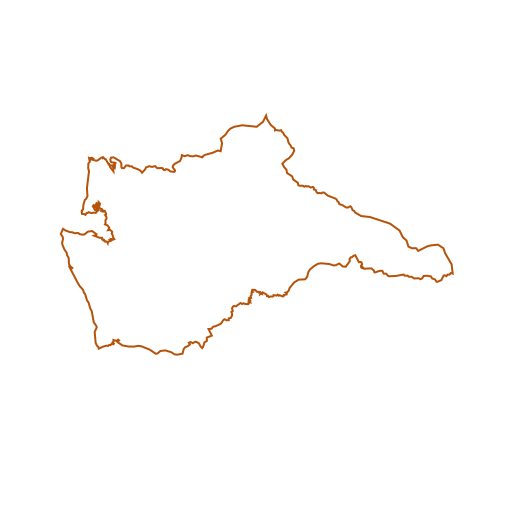 Soalala, Boeny, Madagascar, rotated 288°
{"feature_id": "10022922B91378939255033", "entity_name": "Soalala", "entity_type": "district", "adm_level": 2, "iso_a3": "MDG", "parent_name": "Madagascar", "parent_adm1": "Boeny", "projection": "mercator", "projection_center": [45.414, -16.649], "detail": "fine", "context": "isolated", "style": "outline", "palette": "amber", "viewbox_px": 512, "rotation_deg": 288, "n_neighbors": 0, "source": "geoboundaries", "source_scale": "gbopen_adm2", "svg_char_len": 6032}
<svg xmlns="http://www.w3.org/2000/svg" viewBox="0 0 512 512"><g transform="rotate(288 256 256)"><path d="M304.2,97.3L305.8,90.1L304.8,87.8L302.7,87.6L300.7,88.9L300.5,90.0L301.2,93.5L300.5,93.7L300.1,92.8L299.3,92.7L298.4,94.0L296.8,94.3L297.7,93.1L297.0,93.0L297.9,91.8L297.6,90.9L295.4,93.8L294.1,93.5L292.5,94.2L295.4,89.9L297.9,88.1L297.5,87.7L301.6,83.1L301.4,82.5L302.3,80.9L301.7,80.3L302.6,79.7L301.6,78.4L298.0,75.9L297.2,74.4L297.1,70.7L298.3,71.1L298.6,69.3L298.2,68.6L297.7,68.7L298.0,69.2L296.6,68.9L297.6,68.2L297.7,66.9L294.2,68.8L292.2,68.0L287.6,69.3L285.0,71.0L268.4,74.2L260.9,77.2L258.2,76.9L256.4,75.9L251.6,76.0L246.8,77.1L245.4,76.3L244.7,76.8L244.0,76.5L242.3,77.5L242.8,79.4L242.4,81.1L244.7,81.7L245.0,82.7L245.9,83.2L246.0,86.4L247.1,88.2L247.5,90.3L250.8,91.6L250.1,92.6L252.6,91.1L251.9,89.8L250.1,89.8L249.9,89.3L250.2,88.4L253.0,85.4L253.8,85.7L252.7,87.0L252.8,89.2L253.3,89.0L253.1,87.3L253.5,86.7L253.4,87.5L254.0,87.1L256.0,87.7L254.4,87.5L253.9,89.5L255.6,89.3L257.7,87.5L256.6,89.0L255.2,89.7L255.6,89.9L254.4,90.4L255.8,90.5L255.9,91.1L258.4,90.0L257.5,91.5L254.2,91.6L253.0,92.7L253.0,94.4L251.6,94.7L252.3,95.3L251.2,95.9L252.1,96.6L252.1,97.4L251.4,97.5L252.1,98.3L249.7,100.5L248.8,100.5L248.3,99.9L246.9,101.7L245.2,102.3L243.4,101.8L240.6,102.8L239.4,102.6L239.2,105.5L237.4,107.8L234.9,107.3L235.8,109.0L234.9,111.2L234.4,111.8L232.6,111.9L232.0,112.9L229.1,114.7L228.3,116.0L227.9,115.5L227.8,116.1L227.4,113.5L226.9,114.3L225.7,113.2L226.5,112.6L226.1,111.8L225.2,112.8L223.6,110.8L222.4,111.0L223.5,109.9L223.5,108.3L223.1,108.0L224.1,106.7L222.8,106.2L224.2,106.2L224.2,104.6L225.3,104.5L225.8,103.9L225.0,101.9L225.3,95.8L226.8,97.7L227.4,97.6L229.1,92.4L227.2,88.6L223.5,86.2L222.7,84.4L222.3,81.5L222.9,79.9L221.6,76.3L221.8,73.9L221.2,71.9L221.4,67.0L222.2,64.1L216.7,63.5L214.4,66.3L212.5,67.2L208.8,67.5L207.0,68.3L203.0,71.8L200.5,75.0L198.4,76.1L196.3,78.4L190.6,80.6L188.6,82.9L187.7,85.8L187.5,83.1L189.1,81.5L188.4,81.5L175.2,94.9L172.9,97.6L170.5,101.8L167.7,104.0L167.2,105.1L161.6,109.0L159.9,111.2L154.6,114.8L152.8,116.8L142.8,122.2L140.1,125.8L138.8,126.6L134.0,126.0L123.9,130.3L121.6,132.4L120.9,134.1L119.3,135.0L122.8,138.9L124.5,141.4L124.7,143.1L126.0,143.8L126.3,145.1L127.9,145.9L128.0,147.7L128.7,147.9L129.7,146.3L130.8,146.9L132.1,146.4L132.1,149.4L133.8,150.7L133.3,151.8L132.0,150.6L131.3,150.9L129.7,156.7L130.5,162.6L132.1,167.9L134.2,171.8L134.7,174.8L134.1,183.9L132.1,190.8L132.8,192.4L136.1,194.4L138.2,199.0L138.3,205.1L137.3,208.9L137.8,211.6L140.4,216.3L145.4,216.0L147.5,217.0L149.4,219.2L151.5,220.5L152.8,219.0L153.9,220.2L153.6,222.9L155.7,224.7L155.8,226.5L155.2,228.8L152.9,231.2L151.8,233.3L153.3,233.7L158.0,233.7L160.0,235.5L163.2,234.4L166.6,238.6L171.9,233.4L173.1,236.2L175.7,237.2L176.4,238.8L179.8,242.6L181.2,243.7L184.6,244.6L186.1,245.5L185.8,248.2L186.6,249.9L188.2,249.3L189.3,251.2L191.9,251.6L193.8,251.1L195.1,249.9L196.5,250.9L198.7,249.4L200.7,249.6L201.6,250.5L202.0,252.5L206.5,255.8L206.1,257.8L207.2,258.8L207.0,260.5L207.7,263.4L208.3,263.7L209.6,263.2L210.0,264.9L211.8,262.6L212.4,262.8L212.4,263.8L213.8,262.5L214.6,264.2L215.9,263.2L217.5,263.8L219.4,263.1L220.8,264.2L221.1,263.0L222.7,262.9L223.5,265.7L222.3,267.9L222.6,268.9L222.1,269.9L223.1,270.9L222.6,271.7L221.1,271.8L221.8,272.3L221.7,273.4L222.6,272.9L223.5,273.5L222.6,277.9L221.2,278.9L221.8,279.8L220.9,280.9L222.1,282.5L222.5,284.3L223.4,285.0L224.2,284.8L224.7,287.7L225.9,288.5L225.2,289.8L226.0,290.4L225.8,294.1L226.5,294.7L227.5,294.4L228.9,297.0L230.0,296.8L230.4,295.6L231.1,296.8L233.1,297.8L235.7,297.8L242.4,300.3L246.6,303.8L249.1,310.1L251.9,311.0L257.1,310.8L259.8,311.5L263.8,313.9L267.6,317.1L269.1,320.0L269.9,323.1L271.0,328.2L271.0,332.9L271.9,334.7L274.6,337.5L272.8,341.8L273.6,344.7L279.9,346.8L282.1,345.9L284.0,346.5L284.4,347.6L286.3,348.6L287.4,350.2L281.9,355.8L282.7,357.3L282.5,358.3L280.9,359.5L279.3,358.9L278.4,360.7L277.9,359.5L277.4,359.9L277.3,362.7L279.9,369.5L278.6,372.6L277.3,373.4L277.1,374.2L280.3,378.5L280.9,380.8L278.7,382.9L279.4,385.4L278.0,387.6L277.9,389.0L280.2,395.1L284.0,402.2L283.2,403.4L284.2,406.3L283.5,407.6L284.3,410.4L283.5,413.4L285.1,417.5L284.7,419.5L286.0,420.9L288.8,421.6L290.1,424.8L290.6,428.8L289.1,430.4L289.0,433.6L287.4,435.5L287.4,436.3L290.3,439.7L295.4,440.5L295.9,441.3L295.6,443.3L297.5,443.9L298.1,445.8L300.0,446.6L300.0,448.5L308.4,444.7L317.0,435.1L321.3,431.9L323.0,425.5L319.9,418.6L317.8,415.6L311.0,408.7L312.9,405.8L311.6,402.1L312.0,398.1L317.3,394.3L319.1,390.0L324.6,384.6L328.2,373.5L328.3,352.4L326.5,343.7L328.0,336.8L329.2,335.4L329.4,333.8L332.0,331.4L332.4,330.2L330.4,328.3L330.0,326.7L331.1,322.4L331.1,319.2L332.9,317.8L333.1,316.7L334.7,315.1L335.2,313.8L335.6,305.6L337.3,301.4L337.1,299.9L335.8,298.9L335.5,296.5L334.8,295.3L335.4,293.9L337.3,292.3L337.2,290.5L338.8,289.9L339.3,288.9L338.0,286.7L338.6,284.5L337.8,282.8L338.0,281.7L336.8,280.4L337.3,278.9L336.2,275.5L336.5,274.4L338.6,273.1L340.2,267.8L342.9,265.8L344.5,259.9L347.6,258.2L349.0,255.6L351.9,252.5L356.9,255.1L358.9,257.0L363.9,259.2L368.0,259.8L370.0,258.6L370.1,256.3L372.0,254.5L373.5,252.2L377.7,249.5L380.0,245.2L381.5,243.9L382.3,242.0L383.4,241.0L382.5,239.6L382.0,235.8L381.4,235.3L383.2,234.5L385.2,229.5L389.6,224.2L392.7,222.2L385.8,221.2L379.1,216.7L376.1,202.6L372.2,195.4L369.3,192.3L366.2,190.7L362.0,189.5L356.7,186.2L352.7,188.9L344.7,190.0L344.6,187.2L340.9,183.0L336.3,176.1L335.0,175.0L333.3,174.6L333.0,167.8L331.4,165.6L330.6,162.2L330.8,159.8L328.9,157.5L329.0,154.3L326.6,154.8L322.9,154.4L318.4,150.1L316.1,149.1L314.6,149.4L312.3,152.6L311.5,152.7L310.6,152.0L310.0,148.3L310.9,146.2L310.9,144.6L310.6,143.3L309.6,142.9L309.4,142.0L309.7,140.9L310.6,140.3L310.5,139.0L309.0,134.9L310.3,132.2L308.6,129.7L308.4,126.7L306.2,124.0L304.2,123.8L300.0,121.9L301.5,119.6L302.0,116.9L302.2,111.3L302.9,110.2L302.2,107.9L302.7,106.8L301.8,104.3L298.7,103.3L298.2,101.5L298.8,100.6L302.4,99.3L304.2,97.3Z" fill="none" stroke="#b45309" stroke-width="2"/></g></svg>